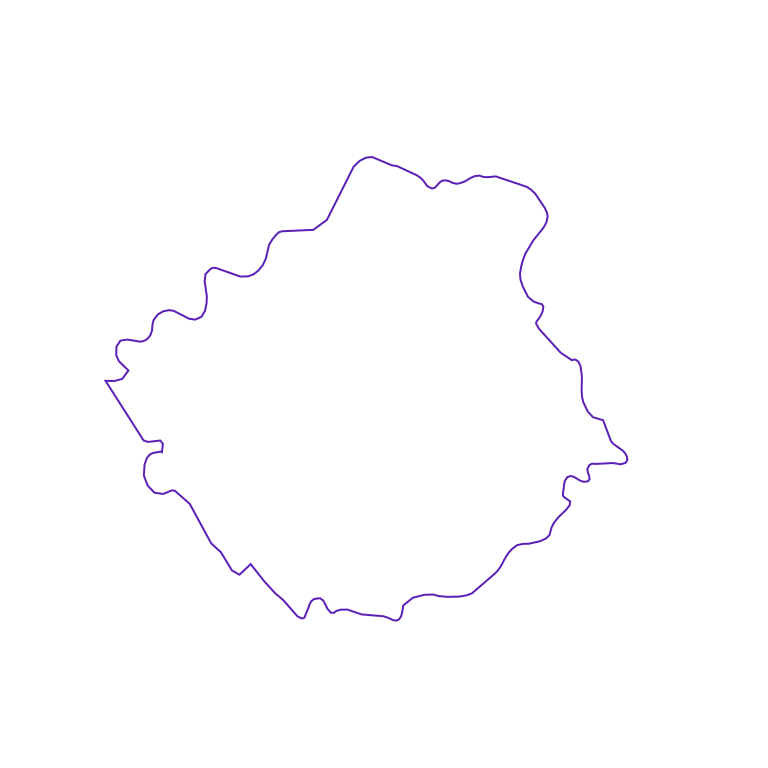 the border of Sarthe, rotated 32°
{"feature_id": "FRA-5340", "entity_name": "Sarthe", "entity_type": "Metropolitan department", "adm_level": 1, "iso_a3": "FRA", "parent_name": "France", "parent_adm1": "", "projection": "mercator", "projection_center": [0.286, 48.027], "detail": "fine", "context": "isolated", "style": "outline", "palette": "violet", "viewbox_px": 768, "rotation_deg": 32, "n_neighbors": 0, "source": "natural_earth", "source_scale": "10m", "svg_char_len": 2853}
<svg xmlns="http://www.w3.org/2000/svg" viewBox="0 0 768 768"><g transform="rotate(32 384 384)"><path d="M146.2,528.9L153.7,524.4L159.3,518.4L160.1,508.0L147.0,505.1L141.7,501.5L137.3,494.1L137.5,486.9L142.9,482.3L155.0,477.2L157.2,475.2L158.8,472.7L159.7,469.6L159.9,465.7L159.0,461.7L155.7,455.3L154.7,451.5L155.4,444.7L158.3,439.3L162.4,435.4L166.8,433.4L184.2,431.9L189.8,429.4L193.6,423.7L193.4,416.7L190.7,409.5L187.3,403.5L177.5,392.0L174.4,385.4L176.0,377.9L177.8,375.8L179.9,374.7L205.3,369.0L211.7,364.7L215.3,360.1L217.4,354.0L218.2,347.1L217.3,340.1L212.8,327.0L212.7,320.9L213.5,314.4L214.7,310.6L216.9,308.3L242.4,290.7L248.6,275.0L243.1,215.8L245.2,207.5L248.8,201.6L253.6,197.8L274.7,194.4L279.7,192.3L301.2,189.6L305.0,189.7L309.5,190.7L316.0,193.3L321.1,192.8L323.2,190.5L324.4,183.6L325.6,180.7L327.9,179.0L329.9,178.0L332.3,177.4L335.1,177.2L339.1,175.9L340.8,174.7L342.8,172.5L345.5,168.9L348.1,163.6L350.7,159.8L354.3,156.8L358.9,155.6L362.6,153.5L368.8,148.7L400.8,141.1L405.8,141.3L411.5,142.5L426.8,149.4L431.2,152.1L433.9,155.1L435.8,159.9L436.4,164.0L436.3,168.2L434.5,182.9L434.8,198.2L436.2,205.5L437.9,211.1L440.8,218.4L444.5,223.2L450.1,227.8L459.9,233.8L467.3,234.8L472.1,233.8L475.4,232.6L478.1,233.9L480.0,238.3L480.6,242.2L480.7,245.6L480.2,250.3L481.0,252.2L486.1,255.0L517.1,263.8L530.7,264.3L531.2,263.5L531.9,262.9L533.5,261.8L537.1,262.1L541.3,264.8L547.8,272.7L555.5,285.5L558.9,290.1L562.8,293.9L571.6,299.5L579.0,301.4L589.0,298.6L606.8,312.2L610.6,313.3L621.9,314.0L625.3,315.0L628.4,316.7L630.7,319.7L630.6,322.9L627.1,326.8L620.0,329.7L606.8,339.0L602.6,341.4L601.1,343.9L601.5,348.4L603.8,351.0L606.6,353.1L608.7,355.6L608.6,358.4L605.3,361.1L601.6,362.0L594.2,362.1L591.1,363.1L588.8,365.7L588.7,370.2L590.2,374.4L592.2,378.2L593.4,381.4L595.0,383.9L597.7,384.6L604.0,384.9L605.7,388.1L605.2,393.6L602.4,405.0L601.7,411.5L602.1,416.9L604.4,424.4L603.2,429.2L599.9,434.4L591.5,442.7L586.5,446.0L582.2,450.2L580.1,455.8L579.1,460.8L579.0,465.3L579.1,469.4L579.5,473.2L579.6,477.6L579.4,481.5L578.7,485.3L569.5,515.0L566.0,519.5L560.9,524.1L550.3,531.1L542.2,535.1L541.4,535.2L537.5,536.4L530.0,541.3L521.8,549.9L517.7,561.5L520.4,568.1L520.8,568.9L521.6,572.3L521.5,575.5L519.9,578.1L516.5,579.5L511.2,580.1L506.5,581.3L487.1,591.3L472.5,594.7L466.9,598.3L463.8,601.7L462.9,604.5L460.2,606.1L455.7,604.8L447.2,599.8L443.3,599.6L438.7,603.3L437.4,606.9L437.7,610.6L438.5,613.9L439.6,620.6L440.4,624.0L438.8,626.3L433.8,626.9L412.9,620.6L402.7,619.2L386.7,614.7L366.4,607.4L362.5,622.3L353.9,622.7L334.9,613.1L321.9,610.7L282.8,588.6L263.4,585.4L260.6,586.4L255.1,594.2L247.0,597.8L237.4,595.4L228.8,588.8L223.6,579.1L222.3,573.2L222.3,570.2L223.1,567.2L224.6,565.0L230.3,559.8L231.8,559.5L228.1,551.8L224.2,550.5L214.7,558.1L210.1,559.3L146.2,528.9Z" fill="none" stroke="#5b21b6" stroke-width="2"/></g></svg>